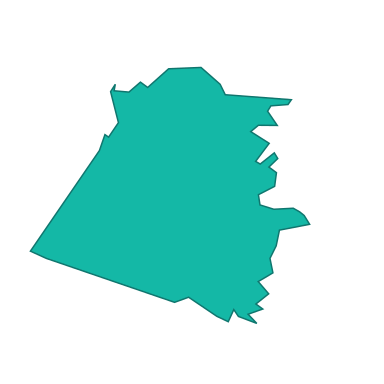 Mercer, Kentucky, United States of America (orthographic projection), rotated 28°
{"feature_id": "52423323B2643841016629", "entity_name": "Mercer", "entity_type": "district", "adm_level": 2, "iso_a3": "USA", "parent_name": "United States of America", "parent_adm1": "Kentucky", "projection": "orthographic", "projection_center": [-84.826, 37.824], "detail": "fine", "context": "isolated", "style": "filled", "palette": "teal", "viewbox_px": 384, "rotation_deg": 28, "n_neighbors": 0, "source": "geoboundaries", "source_scale": "gbopen_adm2", "svg_char_len": 809}
<svg xmlns="http://www.w3.org/2000/svg" viewBox="0 0 384 384"><g transform="rotate(28 192 192)"><path d="M77.1,320.1L94.7,319.0L228.4,297.6L238.4,286.5L272.3,290.1L284.9,289.5L284.1,276.2L291.4,280.1L310.9,277.6L298.9,273.6L309.4,262.1L301.0,260.9L307.5,245.9L292.5,240.0L301.4,225.4L292.0,214.0L291.6,200.0L287.1,184.6L311.0,165.3L302.1,160.1L296.5,159.0L289.0,158.8L272.4,168.8L258.1,171.5L251.9,163.2L262.3,148.2L257.5,135.3L248.2,133.9L252.0,122.2L246.3,118.8L239.1,135.3L233.8,135.1L237.3,112.8L215.5,111.1L219.3,101.9L236.0,93.2L220.8,85.2L221.2,78.9L235.7,69.7L236.4,63.9L175.7,90.5L166.3,83.7L141.5,77.8L113.5,94.2L103.8,120.5L94.9,119.2L89.4,133.4L75.7,139.2L73.7,132.9L73.0,141.6L94.5,165.3L92.6,182.7L88.2,182.2L90.8,198.9L77.1,320.1Z" fill="#14b8a6" stroke="#0f766e" stroke-width="1.5"/></g></svg>